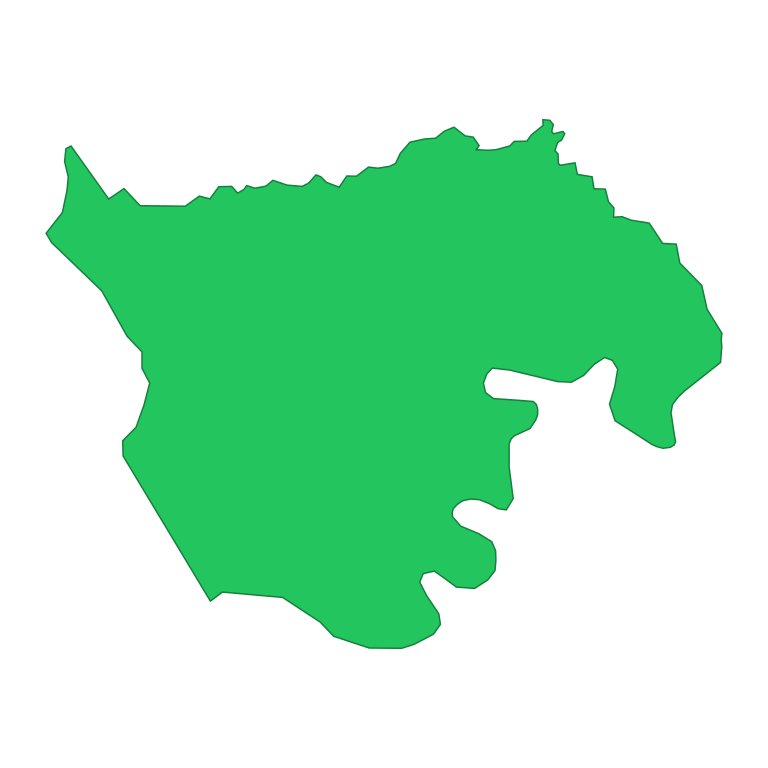 San Gregorio de Polanco, Tacuarembó, Uruguay (Mercator projection)
{"feature_id": "84410073B83102109001145", "entity_name": "San Gregorio de Polanco", "entity_type": "district", "adm_level": 2, "iso_a3": "URY", "parent_name": "Uruguay", "parent_adm1": "Tacuarembó", "projection": "mercator", "projection_center": [-55.799, -32.506], "detail": "fine", "context": "isolated", "style": "filled", "palette": "green", "viewbox_px": 768, "rotation_deg": 0, "n_neighbors": 0, "source": "geoboundaries", "source_scale": "gbopen_adm2", "svg_char_len": 2248}
<svg xmlns="http://www.w3.org/2000/svg" viewBox="0 0 768 768"><path d="M721.9,333.3L707.1,309.3L701.8,285.6L679.8,263.0L676.2,244.1L662.6,243.4L653.8,230.0L649.2,223.1L631.2,220.2L622.1,216.7L613.6,217.2L613.9,207.9L608.5,201.7L605.3,189.1L594.0,188.8L592.1,176.8L577.4,174.4L575.0,162.8L560.2,165.3L558.4,163.4L558.0,153.9L554.9,150.5L557.6,142.5L561.6,140.1L564.7,133.7L562.9,131.5L553.6,133.8L551.7,131.5L553.3,124.6L549.8,120.3L542.9,119.7L543.1,125.4L531.3,135.0L526.8,141.2L514.2,141.4L509.7,146.0L496.0,149.7L488.2,150.3L476.2,149.7L479.1,145.7L473.2,137.1L465.2,135.9L459.2,131.3L454.0,127.2L444.3,131.2L435.7,138.2L424.5,139.0L410.0,142.2L400.4,153.2L395.6,163.4L389.7,166.3L377.9,168.2L368.5,167.1L356.5,176.2L346.8,176.0L339.2,187.2L326.5,182.4L320.7,176.7L316.0,174.9L308.5,183.2L302.1,186.4L287.0,185.1L272.9,180.3L266.0,186.1L254.9,188.2L246.7,185.6L244.0,189.4L237.6,193.1L231.7,186.4L218.8,186.7L209.9,198.9L199.3,196.1L185.3,206.2L140.1,205.7L124.0,188.6L108.7,199.0L71.0,146.0L65.9,148.7L64.6,161.5L68.3,177.0L67.0,190.4L62.4,212.5L46.1,233.3L51.7,242.7L101.8,290.9L127.0,336.1L142.0,351.9L142.0,368.3L149.7,383.0L144.1,404.7L136.1,427.2L122.7,440.8L123.1,456.0L210.4,601.1L222.4,592.1L282.6,597.4L320.3,622.2L333.7,636.3L350.6,641.9L369.2,648.0L401.5,648.3L413.7,644.5L433.5,634.2L440.4,624.4L438.8,613.8L426.6,595.6L419.7,582.1L423.2,573.6L434.4,571.1L446.7,579.9L456.4,587.1L474.6,588.4L487.8,579.9L495.0,570.5L495.4,566.2L495.9,560.1L495.6,550.7L491.8,541.8L479.0,533.8L460.8,526.2L452.6,516.8L452.2,512.6L453.2,508.7L457.3,504.4L462.6,500.8L470.8,499.0L479.4,499.7L489.4,503.6L498.1,508.7L506.3,509.9L513.2,498.6L509.1,466.9L509.1,450.8L509.1,444.0L511.1,439.0L514.1,435.9L530.1,428.4L535.8,419.9L537.6,414.9L537.7,409.5L536.4,404.5L533.2,401.5L519.8,400.4L493.4,398.6L485.6,392.6L485.1,390.6L483.4,383.2L486.7,374.1L492.3,368.1L509.4,370.0L557.7,381.6L571.5,382.2L583.8,375.3L594.1,364.4L604.5,357.5L612.3,360.3L617.7,369.1L614.8,386.6L609.5,404.2L615.1,420.8L634.9,433.4L652.0,444.5L656.9,446.6L663.0,448.3L670.4,447.3L674.2,444.9L675.6,441.7L675.2,439.6L674.4,435.3L671.0,412.7L672.5,404.5L678.2,397.0L684.8,390.7L720.5,362.5L721.8,346.5L721.2,339.7L721.9,333.3Z" fill="#22c55e" stroke="#15803d" stroke-width="1.5"/></svg>